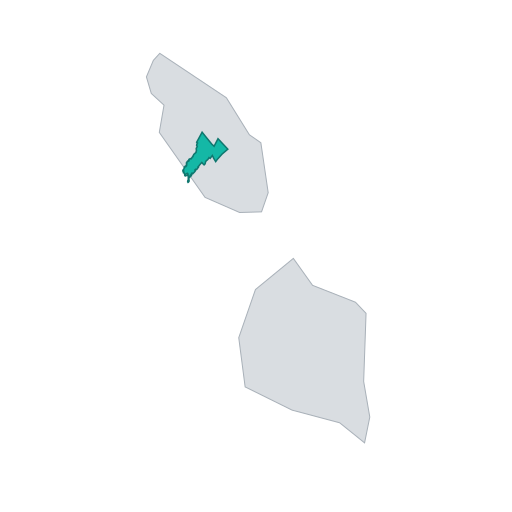 Vaimauga West, Tuamasaga, Samoa shown in context, rotated 214°
{"feature_id": "51752279B6831491074988", "entity_name": "Vaimauga West", "entity_type": "district", "adm_level": 2, "iso_a3": "WSM", "parent_name": "Samoa", "parent_adm1": "Tuamasaga", "projection": "equal_earth", "projection_center": [-171.762, -13.882], "detail": "fine", "context": "in_parent", "style": "filled", "palette": "teal", "viewbox_px": 512, "rotation_deg": 214, "n_neighbors": 0, "source": "geoboundaries", "source_scale": "gbopen_adm2", "svg_char_len": 5066}
<svg xmlns="http://www.w3.org/2000/svg" viewBox="0 0 512 512"><g transform="rotate(214 256 256)"><path d="M191.8,141.4L224.6,178.6L237.7,227.9L223.7,274.9L192.7,263.3L147.7,273.3L132.7,270.0L96.6,212.2L71.6,186.1L61.5,161.8L93.4,164.5L139.9,148.4L191.8,141.4ZM449.1,370.2L369.0,370.6L329.3,352.8L315.3,352.6L281.3,315.3L276.1,295.7L293.9,282.9L331.0,276.1L405.3,304.4L416.6,329.6L433.7,332.2L447.0,343.2L450.5,360.8L449.1,370.2Z" fill="#d9dde1" stroke="#a8b0b8" stroke-width="1"/><path d="M365.2,289.6L364.9,289.4L364.8,289.2L364.7,289.0L364.6,288.7L364.6,288.4L364.5,288.1L364.5,287.9L364.5,287.5L364.5,287.4L364.5,287.2L364.5,286.9L364.4,286.9L364.3,286.4L364.3,286.2L364.5,286.1L364.4,285.9L364.2,286.2L364.0,285.9L363.8,285.7L363.7,285.6L363.4,286.0L363.3,285.9L363.3,285.7L363.0,285.3L362.9,285.2L363.0,285.0L363.0,284.9L362.8,284.4L362.7,284.4L362.6,284.5L362.3,284.7L362.1,284.7L361.9,284.5L361.7,284.5L361.5,284.4L361.3,284.3L361.1,284.2L360.9,283.9L360.7,283.7L360.6,283.4L360.4,283.2L360.1,283.0L360.0,282.9L359.9,283.0L359.7,283.1L359.0,282.8L358.8,282.8L359.0,282.9L359.0,283.2L359.1,283.3L359.1,283.6L359.4,284.1L359.2,283.8L359.3,283.7L359.6,284.1L359.8,284.0L360.0,284.3L359.9,284.4L359.7,285.3L359.6,285.7L359.5,285.8L359.4,285.8L359.2,286.2L359.0,286.3L358.3,286.0L358.0,285.8L358.1,285.5L358.1,285.4L358.1,285.1L358.0,284.8L357.9,284.4L357.7,284.2L357.6,284.3L357.4,284.7L357.1,284.7L356.9,284.5L356.3,284.2L355.9,283.2L355.7,282.8L355.7,282.6L355.3,282.1L355.1,281.9L355.0,281.6L354.9,281.3L354.8,281.1L354.8,280.9L354.7,280.4L354.5,279.9L354.2,279.4L353.9,279.2L353.5,279.0L353.4,279.2L353.3,279.6L353.3,279.8L353.3,280.0L353.5,280.0L353.4,280.2L353.4,280.3L353.5,280.3L353.5,280.5L353.4,280.8L353.5,281.0L353.8,281.2L354.0,280.9L354.0,281.2L354.1,281.4L354.4,281.3L354.5,281.6L354.4,281.9L354.4,282.1L354.5,282.2L354.7,282.3L354.9,282.3L355.0,282.4L355.1,282.6L355.3,282.7L355.2,282.8L355.3,282.9L355.1,283.0L355.2,283.5L355.3,283.5L355.2,283.6L355.1,283.9L355.2,284.1L355.3,284.1L355.0,284.2L354.9,284.2L355.0,284.7L355.1,285.0L355.3,285.4L355.3,285.6L355.5,285.7L355.6,285.8L355.5,286.1L355.4,286.2L355.4,286.3L355.5,286.4L355.5,286.6L355.4,286.6L355.2,286.1L355.1,285.9L355.0,285.6L354.9,285.6L354.8,285.8L354.7,285.8L354.9,285.3L354.9,285.2L354.9,285.4L354.6,285.8L354.5,285.7L354.4,285.6L354.7,286.0L354.7,286.3L354.8,286.4L354.6,286.6L354.6,286.8L354.8,286.9L355.0,287.2L355.1,287.4L355.1,287.7L355.1,287.9L355.2,288.0L354.7,288.3L354.6,288.5L355.2,288.5L355.0,288.9L355.2,289.0L354.8,289.3L354.5,289.3L354.4,289.5L354.3,289.8L354.2,290.1L354.1,290.3L354.1,290.6L354.0,290.9L354.0,291.2L354.0,291.4L353.9,291.7L354.0,291.9L354.0,292.0L353.9,292.3L353.9,292.6L354.1,292.9L354.6,293.0L354.8,293.1L354.7,293.6L354.5,294.0L354.5,294.3L354.2,294.4L353.8,294.2L353.7,294.5L353.5,294.8L353.4,297.4L353.9,297.4L353.7,298.9L353.7,299.6L353.3,303.3L353.1,303.3L352.7,303.2L352.3,302.9L350.0,302.5L349.9,303.3L349.7,303.7L350.0,304.8L350.5,305.8L350.4,306.1L350.4,306.3L350.5,307.0L350.5,307.4L350.3,307.7L350.2,307.9L350.0,308.6L349.9,309.0L349.9,309.4L349.9,309.7L349.9,310.3L349.9,310.5L349.8,310.9L349.7,311.1L349.8,311.3L348.6,311.3L348.4,314.9L348.1,314.7L347.7,314.5L347.5,314.4L347.4,314.3L347.1,314.2L346.9,314.0L346.5,313.9L346.3,313.7L346.1,313.5L344.6,312.8L342.2,311.7L342.1,314.4L341.1,321.6L339.1,328.8L353.1,332.0L352.1,323.5L353.6,323.8L354.8,323.9L365.4,327.1L369.9,328.5L368.8,317.1L367.6,317.0L367.6,316.8L367.7,316.6L367.7,316.4L367.7,316.2L367.6,315.7L367.4,315.2L367.2,315.2L367.1,314.8L367.1,314.7L367.0,314.4L366.8,314.4L366.5,314.3L366.2,314.1L365.9,313.9L365.9,313.5L365.9,313.3L365.8,313.0L365.7,312.8L365.7,312.5L365.8,312.2L365.8,311.9L365.7,311.7L365.4,311.4L365.2,311.3L365.1,311.1L364.9,310.6L364.7,310.5L364.5,310.4L364.2,309.9L364.2,309.5L364.1,309.4L364.1,309.1L363.8,308.8L363.7,308.7L363.6,308.3L363.7,308.1L363.8,307.7L363.9,307.4L364.0,307.2L364.1,306.8L364.0,306.7L364.2,306.2L364.4,305.5L364.4,305.4L364.3,305.1L364.3,304.8L364.2,304.7L364.2,304.2L364.2,303.7L364.1,303.4L363.9,303.3L363.8,303.1L364.0,302.8L364.1,302.7L364.1,302.4L364.2,302.1L364.2,301.8L364.0,301.4L364.0,301.2L364.2,300.8L364.2,300.6L364.2,300.4L364.2,300.1L364.3,300.1L364.5,300.2L364.6,300.3L364.7,300.2L364.8,300.1L364.7,299.9L364.8,299.8L365.1,299.6L365.4,299.1L365.5,299.0L365.6,298.7L365.3,298.5L365.2,298.3L365.3,298.1L365.1,298.0L365.1,297.8L365.0,297.7L364.9,297.6L365.0,297.3L365.2,297.1L365.2,296.9L365.3,296.9L365.5,297.1L365.6,296.8L365.4,296.7L365.6,296.6L365.6,296.3L365.7,296.1L365.6,295.9L365.8,295.8L365.8,295.7L365.7,295.7L365.7,295.4L365.8,295.2L365.7,295.0L365.6,294.9L365.5,294.5L365.5,294.4L365.7,294.2L365.4,293.8L365.2,293.7L364.9,293.7L364.9,293.4L365.0,293.2L364.9,293.0L364.7,292.9L364.5,292.6L364.3,292.6L364.3,292.4L364.2,292.2L364.0,291.8L364.0,291.6L364.1,291.4L364.2,291.1L364.2,290.9L364.4,290.9L364.4,291.0L364.5,291.0L364.5,290.8L364.7,290.7L364.9,290.8L364.9,290.7L364.7,290.5L364.7,290.4L364.8,290.4L365.0,290.1L365.0,289.9L365.2,289.6Z" fill="#14b8a6" stroke="#0f766e" stroke-width="1.5"/></g></svg>